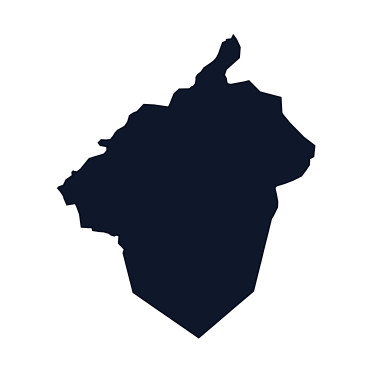 Sharg Al Jazirah, Gezira, Sudan, rotated 77°
{"feature_id": "16777658B60089924012173", "entity_name": "Sharg Al Jazirah", "entity_type": "district", "adm_level": 2, "iso_a3": "SDN", "parent_name": "Sudan", "parent_adm1": "Gezira", "projection": "robinson", "projection_center": [33.472, 15.011], "detail": "fine", "context": "isolated", "style": "filled", "palette": "ink", "viewbox_px": 384, "rotation_deg": 77, "n_neighbors": 0, "source": "geoboundaries", "source_scale": "gbopen_adm2", "svg_char_len": 1868}
<svg xmlns="http://www.w3.org/2000/svg" viewBox="0 0 384 384"><g transform="rotate(77 192 192)"><path d="M184.8,65.6L175.4,62.4L174.5,62.1L164.0,70.8L147.3,81.1L137.5,86.0L135.0,86.8L120.0,84.2L109.8,103.5L108.0,104.5L96.5,111.7L96.7,115.4L96.1,129.9L94.6,133.3L92.3,133.5L89.1,133.2L85.2,134.3L80.1,131.1L71.7,115.8L61.8,112.7L57.9,113.5L53.3,114.5L48.6,116.5L51.8,119.1L51.3,124.0L52.8,124.6L53.3,127.1L53.3,128.4L61.0,133.3L63.2,134.7L67.1,138.0L69.5,141.6L70.8,144.5L73.9,152.5L77.2,155.9L79.1,160.1L81.2,162.2L83.6,162.6L87.2,164.2L88.2,165.1L89.6,167.3L89.5,168.4L91.1,171.2L89.0,181.3L92.4,187.3L102.6,194.4L104.1,195.9L98.8,209.5L98.1,212.0L96.0,219.3L101.4,227.3L102.0,231.4L103.6,235.6L109.2,238.7L113.0,242.7L115.2,250.5L117.0,253.2L119.3,255.4L120.0,256.2L122.6,259.4L122.3,263.7L120.8,268.7L122.9,272.1L125.8,270.9L128.5,264.6L132.7,265.4L135.4,269.3L136.4,284.6L144.6,295.1L146.7,299.5L145.7,302.1L145.0,303.1L145.9,304.4L149.1,304.8L152.0,312.0L153.9,313.5L156.6,315.7L157.3,320.9L158.1,321.9L161.9,319.9L167.0,318.0L169.1,318.0L176.3,316.7L176.8,308.2L180.4,307.4L188.4,306.4L201.2,307.6L203.4,300.3L204.1,297.3L207.0,297.3L209.3,291.7L210.8,286.8L213.3,282.4L215.8,280.2L217.2,277.5L216.8,275.2L218.1,272.8L225.5,275.0L232.5,270.7L236.0,272.7L276.6,271.8L295.0,255.1L312.4,239.2L335.3,218.3L335.4,218.2L331.5,210.7L327.7,203.3L324.8,197.8L319.0,186.7L315.7,180.4L307.4,164.3L304.3,158.3L302.3,154.5L290.7,148.6L272.3,139.2L265.4,135.8L250.4,128.1L241.8,123.8L235.7,120.7L233.1,118.1L226.1,112.3L224.6,111.9L220.5,110.8L213.4,110.5L207.5,110.5L205.4,109.7L204.8,107.2L204.3,99.6L203.0,90.5L200.8,81.6L198.6,79.1L197.5,77.8L196.9,77.1L196.7,76.8L196.5,76.6L196.4,76.5L196.2,76.3L196.1,76.1L195.7,75.7L195.4,75.4L195.2,75.2L194.7,74.7L194.3,74.2L191.9,71.7L187.8,70.5L186.2,70.5L184.8,65.6Z" fill="#0f172a" stroke="#020617" stroke-width="1.5"/></g></svg>